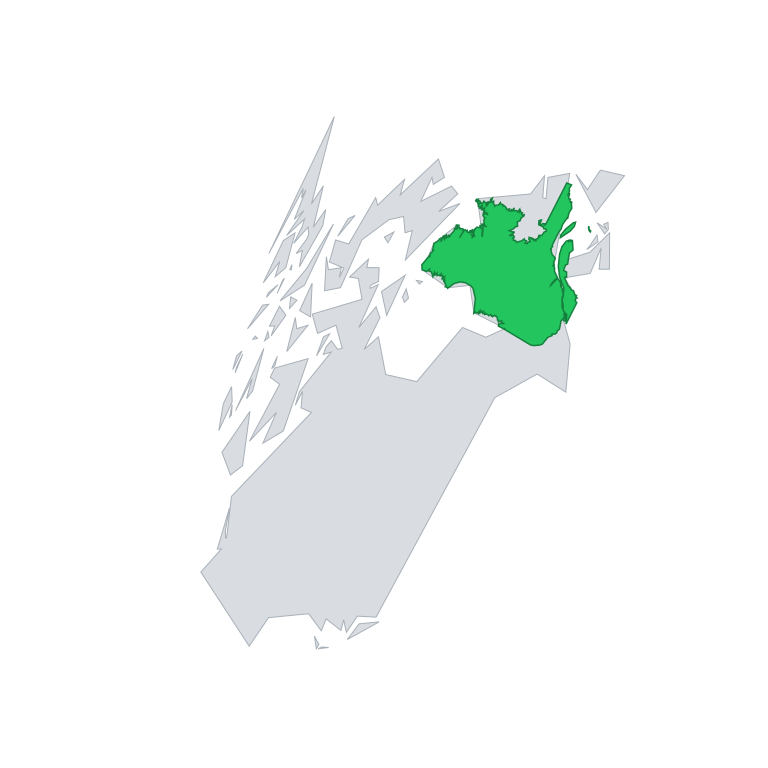 location of Québec within Canada, rotated 297°
{"feature_id": "CAN-683", "entity_name": "Québec", "entity_type": "Province", "adm_level": 1, "iso_a3": "CAN", "parent_name": "Canada", "parent_adm1": "", "projection": "robinson", "projection_center": [-69.443, 53.796], "detail": "fine", "context": "in_parent", "style": "filled", "palette": "green", "viewbox_px": 768, "rotation_deg": 297, "n_neighbors": 0, "source": "natural_earth", "source_scale": "10m", "svg_char_len": 9876}
<svg xmlns="http://www.w3.org/2000/svg" viewBox="0 0 768 768"><g transform="rotate(297 384 384)"><path d="M145.1,421.1L123.4,387.2L89.2,382.9L133.3,306.2L163.2,314.0L161.2,310.5L203.4,302.6L181.1,309.3L174.9,312.7L175.8,313.5L214.6,299.1L325.7,332.3L325.1,320.9L340.5,314.7L324.8,314.6L338.8,312.1L388.6,322.5L382.8,316.5L390.5,315.5L398.7,317.4L393.8,327.0L396.9,330.5L414.6,314.5L398.9,301.8L413.7,288.4L449.5,326.0L466.4,313.2L463.7,304.7L488.1,313.5L480.0,315.9L485.4,326.9L472.9,332.5L466.5,327.7L464.7,327.2L462.9,328.2L469.9,333.7L422.8,335.9L449.2,341.9L441.2,350.3L405.8,350.6L423.5,357.7L393.2,381.2L401.0,412.1L470.0,428.3L471.9,453.6L488.6,466.7L488.2,431.8L510.9,415.8L498.7,397.1L503.1,366.3L531.7,364.7L558.9,376.9L551.1,385.2L561.8,403.6L591.6,383.2L619.8,428.3L642.3,432.5L622.1,440.9L622.7,444.3L642.5,436.3L656.0,453.9L547.7,487.6L556.7,490.8L545.8,502.7L538.9,504.8L523.2,514.2L504.1,531.7L459.3,549.7L462.4,515.9L422.1,488.9L172.7,482.8L165.1,465.7L145.7,463.2L155.6,455.1L144.9,457.5L148.5,439.0L135.6,440.2L145.1,421.1ZM458.8,295.8L469.1,295.7L467.9,280.0L490.4,275.5L492.7,289.0L546.3,292.0L540.4,297.1L575.6,309.4L559.8,312.6L609.2,330.3L595.7,344.1L584.2,337.3L590.0,332.9L563.4,333.9L591.0,354.3L586.9,363.4L562.5,354.3L579.3,369.7L504.2,346.7L533.5,339.6L528.3,334.1L542.1,325.4L532.6,313.8L502.5,298.9L450.1,301.5L440.1,288.7L471.2,274.9L460.6,282.6L468.3,293.2L458.8,295.8ZM448.1,222.2L599.7,218.3L511.5,237.6L533.0,240.0L491.5,249.9L512.9,252.9L497.2,257.6L449.9,255.4L465.9,250.6L460.4,246.5L478.6,249.4L483.4,248.8L489.4,245.1L468.3,239.7L486.8,239.7L495.0,238.3L472.1,229.8L502.2,233.9L490.0,229.4L521.6,226.4L512.3,226.0L521.8,223.3L448.1,222.2ZM272.0,290.1L336.4,291.1L338.3,279.6L348.5,279.3L372.2,304.9L296.4,315.6L276.3,303.0L310.0,301.1L272.0,290.1ZM576.2,517.5L560.5,496.6L548.6,516.6L520.2,519.0L587.3,480.2L596.6,486.7L578.9,491.5L595.0,507.7L621.1,516.4L588.6,532.7L583.9,523.6L603.9,515.7L576.2,517.5ZM249.6,270.6L298.8,277.0L247.0,295.1L233.2,288.5L249.6,270.6ZM419.4,230.5L466.2,229.2L478.2,236.1L443.1,243.7L430.2,238.3L445.9,235.5L419.4,230.5ZM410.8,253.6L451.7,262.6L503.7,266.3L436.0,268.3L410.8,253.6ZM292.9,263.8L361.2,260.8L318.1,270.1L308.5,268.2L329.0,264.1L292.9,263.8ZM658.0,459.8L649.6,477.0L672.8,479.7L678.8,503.7L633.1,495.0L658.0,459.8ZM368.8,282.6L403.0,274.8L393.7,281.1L401.8,289.6L368.8,282.6ZM446.4,355.2L465.2,339.8L490.5,353.5L446.4,355.2ZM411.1,275.5L441.2,274.2L410.4,288.1L411.1,275.5ZM312.4,249.4L299.0,256.9L267.5,257.9L293.3,249.8L312.4,249.4ZM405.8,255.6L400.7,265.4L375.6,261.6L386.2,260.2L383.5,255.7L405.8,255.6ZM371.2,237.3L399.1,240.0L402.6,245.0L371.2,237.3ZM139.7,467.3L159.0,470.7L169.8,487.6L139.7,467.3ZM494.6,275.7L515.1,277.0L521.1,281.7L494.6,275.7ZM378.6,311.1L398.7,308.7L404.0,312.8L378.6,311.1ZM419.3,261.3L419.1,268.4L408.4,265.5L419.3,261.3ZM413.0,239.6L424.3,244.5L407.9,239.8L413.0,239.6ZM515.0,317.6L524.0,323.8L511.7,323.4L515.0,317.6ZM332.2,245.0L346.6,244.6L326.3,246.3L332.2,245.0ZM360.2,276.4L350.5,278.5L346.7,276.9L360.2,276.4ZM624.4,500.7L623.1,512.2L626.1,507.1L629.7,510.2L623.7,513.7L617.9,512.5L624.4,500.7ZM342.3,239.9L349.0,242.5L328.2,242.7L342.3,239.9ZM614.1,481.7L605.1,480.5L594.6,474.5L606.3,476.2L614.1,481.7ZM478.8,360.6L471.6,366.9L466.0,365.1L469.9,361.0L478.8,360.6ZM117.4,443.9L127.7,436.5L122.3,444.3L117.4,443.9ZM416.2,247.6L430.8,246.6L433.0,247.3L416.2,247.6ZM378.0,256.7L373.3,260.4L368.3,258.0L378.0,256.7ZM595.9,503.6L601.3,504.8L613.4,506.1L607.8,510.2L595.9,503.6ZM491.0,365.8L492.8,371.6L489.1,370.2L491.0,365.8ZM296.7,258.1L287.2,262.1L284.4,261.4L296.7,258.1ZM448.6,247.8L443.7,249.6L443.2,248.1L448.6,247.8ZM368.2,247.5L367.2,250.6L364.3,246.9L368.2,247.5ZM118.2,445.5L121.3,447.8L124.1,454.3L118.2,445.5Z" fill="#d9dde1" stroke="#a8b0b8" stroke-width="1"/><path d="M487.5,465.1L488.7,467.0L487.5,464.9L487.5,459.6L489.7,458.9L489.5,459.8L491.4,460.4L491.6,462.6L492.4,463.1L492.2,461.0L493.7,460.2L491.3,457.7L492.8,457.0L492.5,456.1L494.7,454.7L495.0,453.4L496.0,453.4L495.0,453.2L495.4,451.4L493.7,450.5L494.2,450.3L493.2,448.9L494.4,447.7L492.4,446.4L493.1,444.3L491.7,442.2L493.1,441.6L491.5,440.4L492.3,439.2L493.3,439.4L491.8,438.1L492.9,437.6L490.8,437.0L492.5,436.2L490.2,436.0L490.9,435.5L489.7,435.0L488.9,432.8L489.4,432.5L487.8,431.9L501.8,426.5L509.7,419.8L511.0,416.6L511.2,410.5L509.6,405.6L505.4,400.9L498.2,397.2L498.9,396.6L498.4,394.5L500.1,394.7L501.6,392.3L504.6,390.6L503.0,390.4L504.3,389.3L504.0,387.9L505.4,388.1L506.2,389.1L507.1,389.2L505.6,387.6L507.3,387.1L506.5,386.1L508.1,384.9L505.2,384.8L506.7,384.3L504.6,382.0L506.9,380.8L504.2,380.0L506.4,378.3L501.9,378.8L505.4,375.3L504.9,373.2L507.0,372.5L503.7,371.0L503.0,366.1L507.5,363.6L519.5,366.3L517.5,367.3L521.2,366.0L526.1,367.7L524.9,366.8L531.9,364.6L536.5,367.6L538.5,367.6L538.6,368.9L537.4,370.0L538.7,370.2L538.7,369.1L541.1,369.6L541.7,370.3L541.1,370.7L542.6,371.3L542.0,371.9L540.9,371.8L540.5,372.3L542.6,371.9L542.8,371.0L545.2,371.9L543.2,373.4L545.2,373.6L543.6,374.0L544.6,374.2L544.2,374.6L545.2,375.7L545.7,375.1L552.0,376.9L554.4,376.3L554.5,378.0L556.0,378.6L557.7,378.0L557.7,376.5L558.5,376.3L559.5,378.7L557.3,379.7L557.6,380.6L556.6,381.0L558.0,383.5L557.9,384.8L556.6,384.8L556.6,385.5L548.6,384.8L557.2,385.7L558.3,386.6L557.7,388.0L558.6,388.4L557.1,389.6L557.8,390.7L557.0,391.3L559.2,390.9L560.5,392.0L558.4,392.6L559.8,393.3L558.7,393.5L559.0,395.0L557.6,395.9L556.3,393.6L556.7,395.6L553.7,396.1L555.9,396.0L556.6,397.6L559.5,395.2L563.5,394.8L566.0,395.6L566.4,397.6L567.4,398.0L566.4,401.7L562.3,403.1L559.6,404.8L566.0,402.4L566.7,401.7L567.6,398.5L568.7,397.7L569.7,400.1L567.9,402.1L569.7,400.7L570.5,398.7L571.1,400.7L570.5,403.1L570.7,403.4L571.6,400.8L575.8,398.4L578.0,398.5L578.1,396.9L579.5,395.4L582.4,397.4L581.8,399.9L583.2,397.7L581.3,396.0L583.4,395.3L582.1,394.8L586.5,393.7L583.8,392.7L583.6,391.7L585.3,391.8L584.8,390.8L586.2,391.6L584.8,389.8L588.6,390.8L585.8,389.6L584.8,387.7L586.3,386.7L587.9,387.4L588.5,387.4L586.9,386.4L589.1,383.7L588.6,383.2L589.2,382.3L591.3,382.9L589.3,383.2L591.0,384.4L589.0,385.0L590.6,386.1L589.1,388.8L590.5,390.2L592.8,389.7L591.8,390.4L591.7,392.4L593.3,394.0L590.2,393.5L589.4,394.7L593.2,395.1L594.3,396.3L596.9,395.1L598.8,396.2L595.0,397.0L594.9,398.0L596.6,398.7L594.4,399.8L592.7,402.1L594.1,402.4L595.3,404.8L598.5,405.3L597.3,406.6L597.8,408.1L596.7,409.3L597.6,409.5L596.8,412.5L595.2,414.0L596.9,416.3L594.9,416.5L595.5,417.9L597.0,418.3L596.1,419.5L600.0,420.0L597.4,420.9L598.6,423.4L598.0,424.8L601.0,425.5L598.8,426.5L600.5,426.7L599.4,427.8L599.3,429.7L597.9,429.4L597.3,430.8L598.5,432.0L597.4,432.4L593.9,430.7L591.4,431.2L589.0,429.2L585.1,431.4L583.8,429.7L581.0,428.9L577.4,425.9L577.8,429.4L578.6,430.6L578.0,431.2L572.9,428.3L575.4,431.7L574.1,433.4L572.5,432.5L572.5,433.4L570.8,434.0L571.6,436.1L570.4,437.5L573.9,441.6L576.9,443.0L576.1,443.5L576.2,446.0L573.5,445.8L574.1,447.9L575.8,447.8L577.2,449.7L578.8,447.3L580.6,446.7L581.2,450.2L580.4,449.8L580.8,452.4L579.9,452.6L580.7,454.4L581.5,454.2L581.3,452.9L583.4,455.1L585.8,454.7L585.7,455.7L586.9,454.8L588.1,457.2L592.1,457.7L593.8,459.3L595.6,458.0L594.9,455.9L596.3,454.5L596.1,449.6L599.9,447.9L601.6,449.8L598.1,450.2L596.7,451.4L599.1,452.8L600.0,455.2L598.7,455.0L599.3,455.6L646.1,455.6L646.5,460.8L642.3,460.3L639.9,461.8L635.8,462.1L635.8,463.2L633.2,464.4L633.3,466.7L632.7,465.6L630.5,467.6L630.5,468.7L625.6,471.6L620.8,471.1L614.3,472.6L615.3,471.8L607.2,470.7L602.1,471.5L599.3,470.7L583.9,470.9L583.1,471.8L580.3,471.1L579.8,471.7L580.6,472.1L579.2,471.8L575.7,475.0L573.9,479.5L569.1,479.9L566.7,482.0L566.3,482.0L566.8,481.5L566.6,480.9L566.3,480.8L564.9,483.3L561.9,484.7L557.4,490.3L552.4,488.3L547.9,487.5L547.3,487.7L557.0,490.6L555.5,493.8L553.3,496.3L551.5,496.8L549.6,500.0L548.0,500.6L545.2,503.2L541.3,503.6L533.0,508.0L532.8,508.9L531.8,509.2L529.8,512.1L527.4,512.9L525.7,514.5L522.7,513.9L525.8,515.8L524.3,516.1L522.9,517.0L522.0,516.2L522.6,513.8L520.8,513.1L512.4,515.4L509.8,514.2L508.2,514.7L506.0,513.7L504.9,511.0L503.4,511.8L500.2,508.9L491.3,506.9L489.4,505.1L486.2,500.0L485.3,496.7L487.5,465.1ZM543.9,518.9L520.1,519.0L529.0,515.2L529.6,512.6L531.8,509.5L535.0,508.3L539.0,505.1L541.4,503.9L542.5,504.2L545.5,503.1L546.6,502.3L547.9,502.1L551.1,500.7L559.1,491.8L568.0,485.9L579.4,481.5L587.0,480.2L593.9,481.5L597.2,484.7L594.3,483.7L597.1,485.8L596.4,486.5L597.1,486.9L589.2,491.6L584.8,489.7L574.2,493.2L572.4,491.7L566.8,492.4L566.6,495.9L561.9,498.2L561.9,497.0L560.5,496.7L555.0,503.5L554.5,506.1L552.9,508.0L553.1,510.6L549.9,513.8L550.3,515.3L549.0,515.2L548.4,516.9L547.7,515.9L545.1,516.4L543.9,518.9ZM604.8,480.5L594.4,474.7L597.1,473.9L604.4,475.5L613.4,479.4L615.1,481.2L610.9,482.0L604.8,480.5ZM529.2,512.6L528.5,515.0L525.7,515.0L527.8,514.0L529.2,512.6ZM561.4,392.9L560.6,394.4L559.6,394.4L560.1,393.5L559.7,392.9L561.4,392.9ZM615.6,495.8L615.1,496.4L614.3,497.0L614.8,496.9L615.6,495.9L616.2,495.7L613.6,498.2L614.8,498.6L613.2,498.8L613.8,497.1L616.4,495.1L617.7,495.0L615.6,495.8ZM548.6,500.6L548.6,501.4L546.8,501.9L548.6,500.6ZM526.6,514.0L527.5,513.0L528.8,512.7L527.6,513.9L526.6,514.0ZM571.2,399.3L571.9,400.2L571.2,400.2L571.2,399.3ZM524.5,516.2L526.1,516.0L524.2,516.6L524.5,516.2ZM636.4,463.2L637.2,463.1L635.9,463.7L636.4,463.2ZM637.4,462.3L636.9,462.6L636.2,462.5L636.8,462.1L637.4,462.3ZM556.0,376.9L555.6,377.6L555.4,377.6L555.4,377.0L556.0,376.9ZM561.6,394.0L562.2,394.2L561.2,394.5L561.6,394.0ZM631.1,468.7L630.8,467.7L631.1,467.7L631.4,468.4L631.1,468.7ZM541.7,369.6L542.6,369.7L542.7,369.8L541.7,369.6ZM526.1,515.3L526.5,515.6L525.6,515.3L526.1,515.3ZM551.9,497.1L552.7,496.9L551.9,497.4L551.9,497.1ZM545.2,374.5L545.8,374.2L545.8,374.5L545.2,374.5ZM637.5,462.4L637.7,462.8L637.3,462.8L637.5,462.4ZM539.6,368.3L540.1,368.4L540.5,368.5L539.6,368.3Z" fill="#22c55e" stroke="#15803d" stroke-width="1.5"/></g></svg>